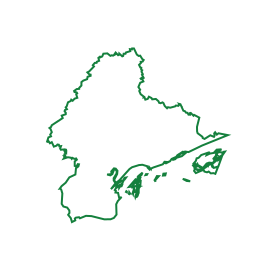 outline of Chandpur, Chittagong, Bangladesh, rotated 248°
{"feature_id": "16705992B70711841490613", "entity_name": "Chandpur", "entity_type": "district", "adm_level": 2, "iso_a3": "BGD", "parent_name": "Bangladesh", "parent_adm1": "Chittagong", "projection": "albers", "projection_center": [90.778, 23.244], "detail": "fine", "context": "isolated", "style": "outline", "palette": "green", "viewbox_px": 256, "rotation_deg": 248, "n_neighbors": 0, "source": "geoboundaries", "source_scale": "gbopen_adm2", "svg_char_len": 5727}
<svg xmlns="http://www.w3.org/2000/svg" viewBox="0 0 256 256"><g transform="rotate(248 128 128)"><path d="M97.3,42.0L97.1,42.7L95.5,43.0L91.9,42.6L82.5,38.1L79.4,38.7L77.0,41.8L73.5,42.7L71.2,41.9L69.9,40.0L65.9,41.2L61.8,40.8L62.1,44.5L64.0,44.8L64.4,46.1L63.6,49.2L62.3,49.6L62.3,56.1L60.0,61.1L52.2,71.8L49.9,77.7L49.9,81.2L52.0,84.9L61.7,88.5L64.1,91.2L66.4,96.2L66.3,93.6L71.6,94.5L72.9,92.2L74.3,93.2L75.4,92.5L76.9,94.5L79.6,96.0L79.7,94.2L77.7,89.3L81.5,95.8L84.6,95.1L86.8,95.9L90.2,100.5L92.7,101.5L95.3,100.1L91.1,96.2L90.7,93.9L92.7,91.2L91.3,95.7L94.0,97.6L93.6,96.1L94.0,96.2L95.8,99.8L94.9,101.4L92.3,102.2L89.4,100.7L85.1,95.8L83.2,95.8L81.8,97.0L82.9,100.8L89.4,114.0L90.1,117.1L89.5,124.3L88.5,127.6L85.2,131.7L84.1,131.3L81.9,132.2L83.4,133.1L81.1,133.8L81.8,134.4L81.9,136.8L81.3,146.7L83.0,149.2L81.6,152.0L81.4,154.4L83.0,156.9L83.2,161.9L84.3,163.6L85.2,168.6L84.3,168.0L84.6,166.1L83.9,166.0L82.1,162.9L81.7,167.4L83.2,172.0L84.0,171.2L83.8,169.7L85.2,169.6L84.7,172.3L83.0,175.1L84.0,190.2L84.0,217.9L89.2,209.9L88.6,207.9L91.4,207.2L90.7,205.9L88.4,205.4L87.6,204.4L90.4,201.6L89.2,194.9L90.7,193.5L92.0,193.7L97.1,190.6L99.0,190.8L103.2,192.4L110.9,198.0L115.4,194.2L114.9,193.3L118.5,191.8L118.6,191.1L117.1,190.5L117.7,189.1L119.8,188.9L120.4,187.6L122.2,187.1L123.3,185.8L130.4,185.5L131.0,184.7L129.8,185.1L130.7,183.9L129.7,183.0L130.9,180.8L130.4,179.8L131.0,174.8L132.3,172.8L131.7,171.6L134.7,170.3L137.8,170.2L138.8,169.6L138.8,167.5L139.7,166.3L141.4,166.3L144.5,164.7L145.5,161.2L147.0,161.0L149.2,159.1L147.6,157.2L147.8,154.7L150.4,154.8L150.5,153.9L151.2,154.4L154.6,152.4L158.1,152.3L158.9,153.6L162.1,153.0L165.4,156.3L165.4,159.7L168.2,159.6L168.3,158.5L169.1,158.3L169.5,160.4L168.5,160.5L168.6,161.3L172.1,160.9L172.4,161.9L175.1,161.6L176.2,162.8L177.2,162.1L178.9,162.9L179.5,162.1L182.4,161.9L183.5,164.4L184.6,164.6L184.1,166.4L185.2,168.0L186.5,167.1L190.5,166.4L190.8,164.9L192.8,163.7L199.5,163.3L200.2,161.6L199.4,161.1L200.4,159.3L198.4,158.9L198.8,154.4L197.8,153.5L198.5,151.8L196.6,150.5L196.6,149.5L200.3,147.8L199.2,147.2L199.2,146.1L202.6,144.8L202.0,143.9L201.9,144.7L201.1,144.6L200.7,141.2L201.5,140.3L201.5,138.7L204.9,136.8L206.1,133.0L204.0,130.9L203.9,128.7L204.6,128.6L204.1,126.8L201.1,126.4L201.1,124.0L200.2,123.3L200.8,121.6L199.4,118.9L197.8,119.5L195.0,113.2L194.8,111.2L192.2,112.2L191.5,113.3L190.4,112.9L190.6,109.7L188.6,108.4L188.7,104.3L188.0,102.0L184.8,100.7L183.5,97.8L182.6,97.4L183.3,95.0L182.5,91.9L181.4,91.9L180.3,93.7L179.2,93.9L178.7,92.6L175.0,92.3L175.2,89.5L174.0,86.9L175.5,86.0L174.5,85.0L174.3,82.0L171.0,79.2L170.5,78.0L168.3,78.4L168.3,76.4L167.4,75.5L165.3,76.0L164.1,75.4L164.3,71.2L161.7,71.2L159.1,58.3L157.8,57.1L157.4,55.2L156.2,55.8L152.7,55.8L151.0,53.4L149.1,53.5L149.1,50.7L145.7,47.9L145.3,48.3L146.1,49.3L143.1,49.9L143.4,52.0L138.5,52.3L138.4,55.1L139.1,56.4L138.4,57.6L136.7,57.5L136.3,59.1L134.4,57.4L133.0,57.6L131.9,61.3L131.1,62.4L130.1,62.3L128.6,61.6L130.6,61.1L130.6,60.5L127.7,60.6L127.4,59.2L125.5,59.4L125.9,58.2L124.9,58.5L123.7,56.9L123.4,61.3L121.8,64.0L120.5,64.3L121.1,65.3L119.4,66.8L119.2,68.5L117.8,68.7L117.0,66.1L112.8,64.4L111.6,65.7L113.3,67.9L112.7,68.9L111.0,67.6L110.2,64.7L104.6,61.8L104.2,55.1L100.6,49.7L99.0,44.7L97.3,42.0ZM68.8,174.3L67.1,174.8L68.8,178.9L67.7,178.8L62.9,182.5L65.6,187.6L65.5,190.3L64.9,191.4L64.3,191.1L64.1,194.5L66.0,196.2L67.6,195.8L69.3,199.0L72.2,200.9L73.6,194.3L73.4,190.7L74.6,191.8L74.5,194.8L75.1,193.7L75.5,185.8L73.9,182.2L74.2,180.3L72.1,178.6L70.3,175.1L69.4,175.0L69.4,176.2L69.0,175.8L68.8,174.3ZM58.2,196.9L58.9,192.5L60.6,191.5L62.8,191.9L63.4,191.1L63.5,188.7L61.8,187.0L63.6,188.6L63.7,190.7L64.9,189.2L64.0,186.9L62.4,185.5L62.0,182.4L59.0,182.5L57.3,184.7L57.4,186.5L54.9,187.8L54.1,190.4L52.8,191.8L58.2,196.9ZM65.6,203.7L64.7,200.7L65.4,201.3L65.5,200.1L63.0,192.5L59.6,192.3L58.8,193.7L58.6,197.4L65.6,203.7ZM69.8,209.1L70.2,207.4L69.3,206.1L70.5,205.4L71.9,202.4L69.6,199.9L68.9,200.5L69.1,199.5L67.4,196.2L65.9,198.1L67.1,198.9L66.5,199.2L66.7,201.6L67.8,205.4L66.0,201.8L65.6,202.7L69.8,209.1ZM71.9,111.2L71.2,108.7L71.2,111.8L66.6,109.7L65.7,110.9L70.3,115.5L70.7,116.6L69.9,116.0L69.5,116.7L69.5,115.4L66.2,112.8L66.1,113.8L65.2,114.1L68.0,115.4L69.3,117.5L73.9,119.8L74.0,118.4L75.4,120.7L73.8,117.5L70.5,113.8L71.2,113.6L71.9,111.2ZM77.7,115.9L73.0,106.7L72.2,109.9L76.4,116.7L76.8,118.5L75.8,119.3L78.0,121.6L76.7,119.6L77.9,120.5L77.0,117.3L77.7,115.9ZM66.1,179.2L66.6,177.4L65.8,174.9L64.2,176.0L61.0,180.8L62.4,182.1L64.0,180.1L66.1,179.2ZM81.1,99.0L79.8,97.0L77.3,96.3L78.4,99.2L77.7,99.9L80.0,103.3L81.7,102.1L80.6,100.1L81.1,99.0ZM63.5,173.2L60.8,174.0L60.9,178.4L65.1,174.8L63.5,173.2ZM81.2,124.7L79.5,119.4L78.9,118.6L78.0,119.0L79.4,123.0L81.2,124.7ZM65.2,112.4L61.9,109.1L61.3,109.0L62.1,109.7L61.6,110.6L60.4,109.5L61.5,111.5L64.2,113.7L65.2,112.4ZM73.2,206.7L74.7,202.1L73.7,200.0L72.7,203.3L73.2,206.7ZM71.7,146.0L72.4,143.7L70.8,142.6L70.1,144.8L71.7,146.0ZM71.8,138.6L72.6,136.8L70.6,134.4L70.0,134.9L71.8,138.6ZM55.3,165.7L58.9,161.7L60.3,159.7L56.9,162.6L55.3,165.7ZM82.8,107.7L83.1,106.3L81.0,103.4L81.4,105.4L82.8,107.7ZM77.9,101.7L78.3,101.2L76.3,97.6L75.8,97.4L76.7,98.7L76.4,100.2L77.9,101.7ZM73.9,114.9L72.9,115.0L73.1,115.7L75.4,118.5L73.9,114.9ZM81.2,152.1L82.4,149.9L81.8,148.8L81.0,150.0L81.2,152.1ZM82.4,162.3L82.4,158.2L81.6,158.0L81.4,160.1L82.4,162.3ZM67.9,133.4L70.2,133.9L69.7,133.1L67.9,133.4ZM68.0,105.1L66.5,104.2L66.1,104.5L66.3,105.4L68.0,105.1ZM78.0,128.6L78.5,127.4L77.8,126.6L77.5,128.0L78.0,128.6ZM66.8,109.1L65.6,108.0L64.8,108.0L67.3,109.7L68.2,109.8L66.6,108.5L66.8,109.1ZM70.0,102.8L69.5,102.2L68.8,102.8L69.5,103.1L70.0,102.8Z" fill="none" stroke="#15803d" stroke-width="2"/></g></svg>